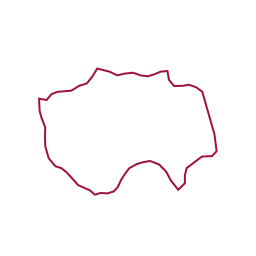 outline of São Sebastião de Lagoa de Roça, Paraíba, Brazil, rotated 140°
{"feature_id": "56859067B7602471111252", "entity_name": "São Sebastião de Lagoa de Roça", "entity_type": "district", "adm_level": 2, "iso_a3": "BRA", "parent_name": "Brazil", "parent_adm1": "Paraíba", "projection": "natural_earth1", "projection_center": [-35.852, -7.089], "detail": "fine", "context": "isolated", "style": "outline", "palette": "rose", "viewbox_px": 256, "rotation_deg": 140, "n_neighbors": 0, "source": "geoboundaries", "source_scale": "gbopen_adm2", "svg_char_len": 855}
<svg xmlns="http://www.w3.org/2000/svg" viewBox="0 0 256 256"><g transform="rotate(140 128 128)"><path d="M129.2,48.4L120.0,49.1L114.7,55.3L108.8,59.6L101.1,59.2L89.7,58.6L81.8,52.5L75.0,53.3L65.4,68.3L63.0,74.0L47.8,108.0L49.7,115.6L53.6,122.1L58.7,124.9L65.7,130.6L65.7,138.4L61.2,146.3L66.6,150.1L73.0,152.1L79.5,154.8L84.4,160.0L88.6,167.1L96.2,172.2L102.4,175.2L105.8,182.8L113.3,193.3L122.9,190.2L130.9,188.6L138.2,191.7L147.3,193.0L158.9,201.1L164.7,203.1L172.4,201.8L177.3,207.6L184.6,198.1L187.6,191.6L191.1,181.5L197.3,174.6L203.2,167.0L208.2,155.8L208.2,145.3L204.9,140.2L203.5,133.6L203.2,125.1L202.9,116.2L197.3,104.9L196.2,98.2L190.6,95.8L185.8,91.1L179.7,88.6L173.9,89.3L166.5,92.7L158.7,95.1L152.9,96.4L144.4,94.7L139.2,92.5L132.4,88.7L127.6,80.1L126.8,69.9L128.9,60.4L129.2,48.4Z" fill="none" stroke="#9f1239" stroke-width="2"/></g></svg>